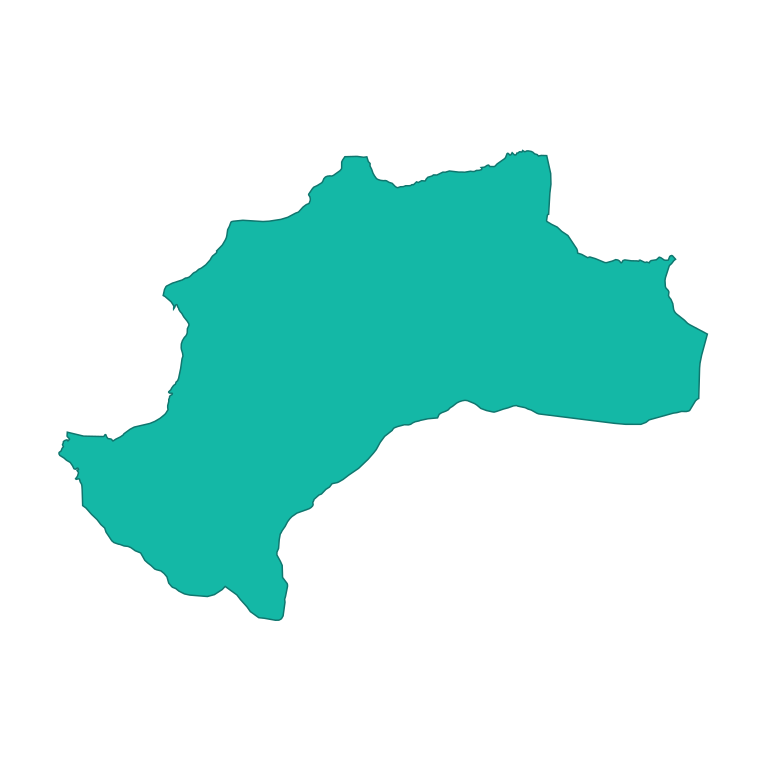 outline of Deleg, Cañar, Ecuador, rotated 275°
{"feature_id": "8360857B48088232281675", "entity_name": "Deleg", "entity_type": "district", "adm_level": 2, "iso_a3": "ECU", "parent_name": "Ecuador", "parent_adm1": "Cañar", "projection": "mercator", "projection_center": [-78.939, -2.766], "detail": "fine", "context": "isolated", "style": "filled", "palette": "teal", "viewbox_px": 768, "rotation_deg": 275, "n_neighbors": 0, "source": "geoboundaries", "source_scale": "gbopen_adm2", "svg_char_len": 6123}
<svg xmlns="http://www.w3.org/2000/svg" viewBox="0 0 768 768"><g transform="rotate(275 384 384)"><path d="M572.1,295.5L566.5,292.4L565.8,292.5L563.9,293.9L561.9,294.5L560.3,294.5L557.3,293.6L555.9,290.9L553.2,287.9L547.8,283.8L546.5,281.0L541.7,273.6L539.0,266.9L536.2,255.4L535.3,249.3L534.8,229.1L533.1,220.1L532.6,218.3L531.9,217.4L527.5,216.2L524.1,214.8L518.4,214.5L516.1,214.2L513.5,213.3L508.3,210.8L501.9,205.6L501.2,206.0L500.0,205.6L496.5,202.0L494.6,200.9L492.6,200.1L487.2,196.1L483.5,191.9L482.1,189.4L479.3,186.8L478.5,185.2L477.4,184.0L474.9,182.0L473.5,180.5L472.6,178.7L472.2,176.9L470.1,174.0L466.1,164.5L462.8,159.1L462.0,158.3L459.0,157.1L452.9,156.3L452.1,158.2L447.4,164.7L444.4,167.1L442.6,168.1L441.4,167.8L440.5,167.9L442.1,168.8L444.3,169.4L445.0,170.3L444.7,171.1L443.1,171.6L441.4,172.9L440.3,173.2L438.3,174.7L436.7,176.4L433.4,178.7L429.3,182.6L427.1,184.2L426.2,184.5L425.3,184.5L421.9,183.3L418.0,183.5L416.8,183.3L414.9,182.6L412.9,181.0L409.6,179.4L406.2,178.6L402.4,178.8L400.7,179.2L397.3,180.6L394.3,181.3L391.5,180.6L381.9,180.1L371.8,178.9L369.3,178.1L367.8,176.7L365.6,176.2L364.2,174.5L361.2,172.7L359.7,172.2L357.5,170.2L357.0,170.2L356.3,171.0L356.3,173.7L356.0,174.0L355.5,174.0L354.6,173.4L354.0,172.2L352.8,171.5L351.6,171.5L349.9,170.9L347.8,171.1L343.6,170.4L341.5,170.6L339.6,171.1L335.7,169.1L334.5,168.2L330.3,163.9L326.8,159.0L324.3,154.2L319.3,138.9L316.8,135.0L311.8,129.3L310.5,128.6L308.4,126.1L305.6,121.5L303.8,119.3L303.7,118.7L305.1,117.4L305.4,116.7L305.6,113.7L307.2,112.3L309.2,111.3L309.3,110.7L308.9,110.3L307.9,109.9L307.2,109.0L305.9,89.3L308.4,72.7L304.5,72.8L304.0,73.1L302.0,75.4L301.5,75.5L299.8,74.1L300.6,73.4L300.7,72.9L300.1,71.3L299.0,69.9L298.6,69.6L296.9,69.6L296.0,69.1L295.5,69.0L293.6,70.1L291.8,68.9L289.1,68.1L287.6,66.4L287.0,66.2L285.9,66.4L284.6,67.3L282.4,71.6L280.4,74.3L278.5,78.3L275.3,80.9L272.6,82.5L272.2,83.9L273.5,85.7L273.5,86.3L273.3,86.7L272.2,87.2L271.8,86.9L271.5,85.8L271.1,85.7L269.5,87.2L268.3,87.3L265.3,86.6L262.7,85.0L262.2,85.7L262.9,87.9L262.7,88.9L260.0,89.9L257.9,91.4L256.4,91.9L252.6,92.5L236.6,94.4L234.5,97.9L228.6,104.1L223.9,110.0L219.3,114.2L216.2,118.3L212.2,120.0L204.1,126.5L202.5,128.8L201.3,133.4L201.2,134.9L200.0,139.2L199.9,143.2L198.9,146.2L196.2,150.7L194.5,156.3L187.5,161.1L185.2,164.1L182.9,167.7L179.7,171.7L179.1,173.8L178.4,178.0L176.1,181.4L172.9,184.6L166.9,186.9L164.0,189.8L163.1,190.9L162.1,194.3L159.7,197.9L157.5,203.5L156.8,208.9L156.9,226.6L159.4,233.4L165.1,240.7L168.5,243.4L161.1,255.8L156.6,259.9L150.1,266.9L145.6,270.7L140.3,279.6L140.2,285.2L139.2,296.5L139.6,299.9L140.8,301.8L141.4,302.4L144.2,303.7L158.0,304.4L160.9,303.8L163.8,304.4L173.8,305.5L175.4,305.4L176.8,304.9L182.5,299.8L194.4,298.4L198.2,296.3L204.4,292.2L207.1,292.0L211.1,293.3L219.7,293.2L225.5,293.7L226.7,294.4L229.0,295.3L233.5,297.9L238.3,299.9L241.7,302.0L243.9,303.8L247.8,308.5L253.3,320.4L254.6,322.1L256.3,323.5L257.5,323.9L259.9,323.4L261.8,324.2L262.9,324.3L267.7,328.8L269.0,331.3L274.0,335.3L276.6,338.7L280.2,341.0L281.7,346.0L282.5,347.5L285.3,351.5L290.1,356.7L297.8,366.1L307.5,374.6L314.2,379.5L318.0,382.0L325.5,385.3L331.9,389.2L338.5,396.2L339.6,396.7L341.2,398.0L342.8,401.3L345.2,407.9L345.4,411.9L346.2,414.1L347.7,415.9L349.1,418.3L350.3,422.2L350.9,423.3L353.2,430.8L354.9,440.3L358.6,441.6L360.4,443.9L362.4,448.0L363.8,450.2L366.1,452.0L367.8,454.3L371.4,458.1L372.8,460.3L374.1,463.3L374.8,466.1L374.7,468.6L372.4,475.9L371.2,478.2L368.1,482.6L366.5,488.4L365.7,494.4L365.6,496.1L366.5,498.6L369.5,505.3L371.0,509.5L373.5,514.9L374.1,517.9L373.6,519.3L372.7,526.8L371.6,529.6L370.9,532.9L368.2,538.9L367.7,540.8L364.9,617.2L364.9,628.0L366.2,643.4L368.6,648.3L371.4,651.3L380.2,674.8L381.0,678.3L382.6,682.7L382.9,687.5L383.7,689.9L384.3,690.8L394.4,695.8L396.4,697.7L397.0,698.8L427.3,697.0L432.2,697.0L440.3,697.9L461.9,701.8L469.7,683.4L470.9,681.1L473.7,677.8L479.3,669.3L480.4,668.0L481.9,666.8L483.6,666.0L489.2,664.7L493.3,662.5L495.4,660.5L496.9,659.7L500.4,659.8L501.1,659.5L502.0,658.9L504.2,656.5L505.6,655.8L511.6,654.9L514.4,655.1L526.3,657.8L527.1,658.2L529.0,660.0L532.3,662.1L533.7,663.6L536.7,660.4L537.1,659.5L536.6,658.2L535.9,657.5L532.4,656.5L532.1,656.0L531.8,654.0L531.9,652.4L534.0,648.7L534.3,647.1L531.5,644.5L530.2,639.3L529.3,638.3L527.9,637.7L528.4,635.1L527.8,633.4L529.7,628.3L529.5,627.5L528.5,627.1L528.4,626.3L528.7,625.8L528.3,619.7L528.6,613.1L527.8,611.3L525.9,610.4L525.4,609.8L525.5,609.3L527.1,607.8L527.9,606.2L528.1,604.0L526.4,600.8L524.3,595.2L524.2,593.5L527.3,583.7L528.5,578.0L527.6,575.8L530.3,569.8L531.3,565.5L533.8,565.0L535.5,564.2L547.9,554.3L551.5,547.8L555.4,542.9L557.6,537.2L560.1,532.1L560.9,531.7L566.3,532.0L567.2,532.5L567.4,533.2L588.4,532.6L597.6,532.9L608.2,531.7L625.7,526.2L625.4,520.7L624.6,518.0L625.9,516.6L626.4,514.0L627.8,512.2L628.5,510.5L628.8,507.3L628.6,505.8L628.0,505.0L627.7,503.6L628.7,501.8L627.4,501.3L627.1,500.9L627.2,498.9L627.0,498.5L625.8,497.4L625.7,496.3L624.0,495.7L623.7,495.2L623.6,494.2L623.8,493.7L625.6,491.5L623.4,490.4L623.0,489.5L624.5,487.7L624.6,487.0L624.2,486.5L620.4,485.4L619.1,484.6L613.1,477.5L610.8,475.7L610.2,474.9L609.9,470.4L611.1,469.3L611.2,468.8L610.7,467.6L608.8,465.2L608.1,461.9L607.4,462.6L606.8,462.8L606.0,462.3L605.2,460.4L604.8,457.4L603.7,455.7L603.4,454.1L603.5,451.6L602.0,445.9L601.9,442.8L601.6,440.2L601.9,430.6L600.3,426.6L600.2,424.2L596.8,418.5L596.6,415.1L595.3,413.5L593.8,409.7L591.9,408.2L590.1,407.5L589.8,406.8L589.8,403.8L587.7,400.6L588.2,398.8L585.2,396.1L585.0,394.4L584.3,393.6L583.8,392.6L583.4,388.3L582.3,386.1L581.9,383.1L580.8,380.7L580.8,379.8L581.7,378.0L584.6,374.7L585.4,371.3L586.6,368.9L586.8,367.5L586.5,365.8L586.6,362.8L587.3,359.9L588.0,358.6L590.4,356.5L593.0,354.7L596.8,353.0L599.9,351.1L602.5,350.9L604.2,349.0L608.8,347.1L608.1,344.0L608.4,337.3L607.0,325.2L603.4,323.2L601.4,322.5L595.2,323.0L594.3,322.7L592.7,321.6L587.4,315.4L586.6,313.8L586.6,311.9L586.1,309.5L585.1,307.6L583.3,306.2L580.4,305.3L579.0,304.4L575.8,300.1L573.9,296.8L572.1,295.5Z" fill="#14b8a6" stroke="#0f766e" stroke-width="1.5"/></g></svg>